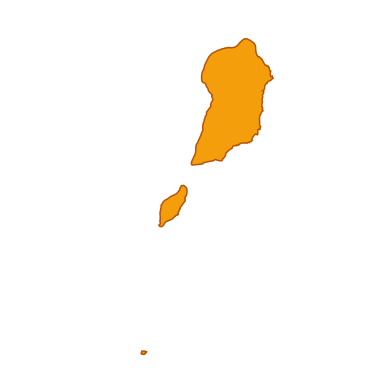 Sabu Raijua, Nusa Tenggara Timur, Indonesia, rotated 319°
{"feature_id": "22746128B67076907647447", "entity_name": "Sabu Raijua", "entity_type": "district", "adm_level": 2, "iso_a3": "IDN", "parent_name": "Indonesia", "parent_adm1": "Nusa Tenggara Timur", "projection": "robinson", "projection_center": [121.777, -10.624], "detail": "fine", "context": "isolated", "style": "filled", "palette": "amber", "viewbox_px": 384, "rotation_deg": 319, "n_neighbors": 0, "source": "geoboundaries", "source_scale": "gbopen_adm2", "svg_char_len": 5957}
<svg xmlns="http://www.w3.org/2000/svg" viewBox="0 0 384 384"><g transform="rotate(319 192 192)"><path d="M314.8,107.3L313.4,106.3L312.6,105.8L312.0,105.6L310.9,104.8L310.3,104.7L308.8,103.8L307.3,103.3L304.5,102.1L303.0,101.7L301.6,101.4L298.2,100.6L296.9,100.6L295.2,100.7L293.0,101.2L291.4,101.8L287.0,103.6L284.5,104.8L283.8,105.4L281.7,106.8L281.3,107.1L281.1,107.4L280.4,107.4L279.8,107.5L278.5,108.2L277.3,109.1L275.3,110.8L273.3,113.1L272.3,114.7L272.1,115.6L272.1,116.4L273.1,118.5L273.1,119.4L272.8,120.6L272.5,120.9L272.1,121.9L272.0,122.6L272.1,123.2L271.9,124.0L271.6,124.9L271.0,126.2L270.8,126.9L270.7,128.3L270.9,130.3L270.9,131.9L270.5,132.5L270.2,132.5L270.0,132.4L269.9,132.5L269.4,133.4L269.0,134.1L268.7,135.4L268.5,135.8L268.2,136.1L267.9,136.3L266.8,136.6L266.1,136.9L265.5,137.0L264.7,137.6L263.8,138.0L263.2,138.5L262.7,139.5L262.0,139.9L259.1,140.4L256.0,141.2L255.7,141.2L255.1,141.5L253.5,143.3L253.2,143.4L251.9,143.6L251.5,143.7L249.9,145.0L249.6,145.1L249.2,145.2L248.8,145.4L247.8,146.4L245.7,147.5L244.7,148.1L242.1,150.6L241.3,151.9L240.7,152.6L239.8,152.9L237.8,153.8L236.7,154.4L236.3,154.9L235.9,155.1L234.2,155.7L232.8,156.5L230.0,157.7L228.2,158.6L226.9,158.8L226.6,158.9L224.2,160.7L221.8,163.4L220.7,164.4L218.6,165.9L217.4,166.3L216.8,166.6L216.4,166.5L216.2,166.6L215.9,166.9L214.9,167.5L213.6,167.9L211.5,169.0L210.3,169.9L210.0,170.5L209.9,171.2L209.7,171.4L210.1,171.8L210.2,172.1L211.3,172.8L215.6,175.9L218.4,177.7L218.6,177.8L219.0,177.4L219.3,177.4L222.5,178.8L227.9,182.0L229.7,182.7L230.6,182.6L231.0,182.7L231.6,184.0L232.6,185.4L232.7,185.6L233.1,186.3L233.5,186.8L233.9,186.9L234.4,187.4L235.1,188.0L235.5,187.9L235.7,187.7L236.2,187.7L236.8,187.3L236.9,187.1L238.3,187.2L240.2,186.8L241.7,186.1L242.0,185.9L242.5,185.2L243.5,184.9L248.1,184.7L249.1,184.8L250.2,185.3L250.7,185.3L251.7,184.9L252.6,184.3L253.0,184.3L253.8,184.5L254.3,184.9L255.1,185.4L255.8,185.5L256.2,185.7L256.2,186.2L256.5,186.1L257.0,186.5L257.4,187.0L257.9,187.1L258.3,186.9L258.6,187.1L259.0,186.9L261.4,187.6L261.9,187.8L262.9,188.7L263.7,189.6L264.9,190.3L265.5,191.1L265.6,191.3L265.8,191.4L266.3,191.4L267.0,191.6L267.2,191.8L267.2,191.7L267.5,191.7L268.8,192.3L269.6,192.4L269.7,192.5L269.8,192.8L270.5,192.7L271.3,192.5L271.4,192.0L271.6,191.6L271.9,191.5L272.2,191.4L272.6,191.1L272.9,191.0L273.2,190.8L274.0,190.4L276.7,189.9L277.4,189.9L278.1,190.2L278.6,191.1L278.6,191.6L278.9,191.6L278.9,191.4L279.2,191.5L279.3,191.4L279.4,191.2L279.7,191.4L279.9,191.3L280.7,190.2L281.2,189.6L281.9,189.2L282.0,189.0L282.1,188.5L282.3,188.3L283.4,188.3L283.9,188.5L283.9,189.1L284.1,189.4L284.4,189.4L284.8,188.9L285.0,188.8L285.5,188.3L286.0,188.1L286.3,187.7L286.6,187.7L286.9,187.2L286.9,186.1L287.2,185.4L288.8,183.9L289.8,182.5L290.3,181.9L290.4,181.7L290.7,181.3L292.9,179.2L295.2,178.1L297.8,177.1L298.0,177.2L298.3,177.3L298.6,177.0L298.9,177.1L298.9,176.7L299.0,176.4L299.0,176.1L299.2,175.9L300.0,175.6L300.1,174.9L300.7,174.4L300.6,174.2L300.8,173.9L300.8,173.7L300.6,173.6L300.6,173.3L301.2,172.9L301.4,172.5L303.7,170.5L304.4,170.1L304.7,169.6L304.9,168.7L305.1,168.5L306.5,167.4L307.7,166.7L308.3,166.0L308.7,165.1L308.9,164.9L309.4,164.7L310.6,164.5L311.6,163.7L312.6,162.5L312.1,162.1L312.8,162.2L313.8,161.9L315.1,161.1L316.4,159.7L318.6,158.9L319.0,159.0L319.3,158.9L319.5,159.0L319.9,158.8L320.1,159.0L320.2,158.8L322.5,158.6L323.7,159.2L324.0,159.3L324.7,159.3L325.1,159.4L325.9,159.2L326.7,159.2L327.2,159.3L327.6,159.5L327.8,159.4L327.9,159.0L328.1,158.7L327.9,158.4L327.9,158.1L328.2,157.8L328.3,157.4L328.6,157.1L328.3,156.9L327.7,156.9L327.3,156.6L327.3,156.3L327.4,155.7L328.0,154.9L330.3,152.4L330.7,152.5L330.8,152.3L330.6,152.0L330.6,151.8L330.4,151.6L330.3,151.3L331.0,150.2L331.2,149.8L331.7,149.0L331.9,148.0L332.0,147.1L332.0,146.8L331.9,146.8L331.6,146.3L331.4,146.4L331.3,145.7L331.1,145.5L331.1,145.0L330.9,145.0L330.8,144.8L330.5,144.6L330.4,144.4L330.7,142.5L331.9,137.4L331.8,136.8L331.3,136.2L331.6,135.1L331.4,134.8L331.5,134.4L331.4,134.1L331.1,134.1L331.1,133.5L331.0,133.1L330.7,133.0L330.6,132.1L331.0,130.8L331.8,128.8L334.4,125.1L335.5,123.8L336.1,122.3L336.3,121.3L336.4,120.5L336.2,119.4L335.5,115.9L335.1,115.3L334.4,113.4L333.9,112.5L333.2,111.7L332.4,111.1L331.9,110.8L330.7,110.6L328.5,110.5L326.3,110.6L324.0,111.0L322.5,111.2L322.1,111.1L321.6,111.3L321.3,111.2L319.4,110.8L317.1,109.6L316.7,109.2L316.3,109.0L316.1,108.8L314.8,107.3ZM190.2,183.0L190.2,181.8L190.0,181.5L189.3,181.2L188.6,180.4L188.2,180.2L187.4,180.7L185.7,181.1L184.3,182.0L183.6,182.4L182.9,182.6L182.3,182.6L179.5,183.1L178.7,183.0L172.8,181.4L168.8,181.1L167.8,180.9L167.5,180.7L166.9,180.7L166.0,180.5L163.7,180.5L162.5,181.1L161.2,181.6L160.7,181.5L160.2,181.6L157.8,184.1L157.3,184.1L157.2,184.3L155.0,186.1L154.2,186.6L151.6,190.1L151.0,191.2L150.8,191.2L150.6,191.0L149.8,192.2L149.4,192.3L148.8,192.7L148.8,193.0L148.7,193.0L148.3,193.4L148.0,194.4L147.7,194.8L147.2,195.2L146.9,195.2L145.9,195.0L145.5,195.3L145.4,195.5L145.0,195.8L145.0,196.0L145.2,195.9L145.4,196.2L145.5,197.0L145.8,197.8L146.2,198.1L147.1,198.4L148.8,198.3L151.2,197.5L152.8,197.4L154.0,197.7L156.8,198.7L158.9,199.3L159.8,199.4L164.3,199.2L166.6,200.0L166.9,199.9L166.8,199.4L168.0,198.9L168.1,198.7L168.0,198.4L169.4,198.0L170.0,197.6L171.6,197.0L171.9,196.9L171.8,196.6L172.7,196.3L173.2,196.0L173.7,195.8L175.9,195.5L177.9,194.8L180.6,194.4L180.7,194.2L181.0,194.1L181.1,193.9L181.4,193.7L181.5,193.3L182.1,193.0L182.0,192.8L182.2,192.4L182.7,192.1L182.8,191.9L183.3,191.7L183.4,191.4L184.5,191.3L186.6,190.2L188.1,188.8L189.3,187.5L189.8,186.7L190.2,185.9L190.4,185.2L190.5,184.2L190.2,183.0ZM50.8,280.1L49.8,279.2L49.3,279.4L48.6,280.4L47.9,280.3L47.7,280.6L47.8,280.7L47.6,281.0L48.5,282.4L49.1,282.9L50.2,283.4L50.5,283.4L50.5,283.1L50.7,282.9L52.3,283.1L52.6,283.1L52.7,282.9L52.9,282.9L53.0,282.8L52.9,282.5L52.6,282.3L52.4,282.0L51.7,280.7L50.8,280.1Z" fill="#f59e0b" stroke="#b45309" stroke-width="1.5"/></g></svg>